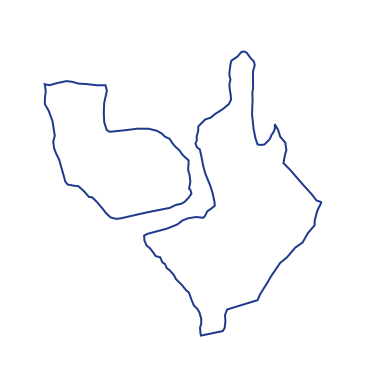 Nacka, Stockholm, Sweden (Albers equal-area conic projection), rotated 255°
{"feature_id": "70781695B29923564052107", "entity_name": "Nacka", "entity_type": "district", "adm_level": 2, "iso_a3": "SWE", "parent_name": "Sweden", "parent_adm1": "Stockholm", "projection": "albers", "projection_center": [18.245, 59.301], "detail": "fine", "context": "isolated", "style": "outline", "palette": "blue", "viewbox_px": 384, "rotation_deg": 255, "n_neighbors": 0, "source": "geoboundaries", "source_scale": "gbopen_adm2", "svg_char_len": 2519}
<svg xmlns="http://www.w3.org/2000/svg" viewBox="0 0 384 384"><g transform="rotate(255 192 192)"><path d="M236.2,289.5L235.6,289.5L231.8,288.5L228.6,286.1L226.2,283.3L223.0,280.9L221.0,277.5L219.1,274.2L219.7,270.4L221.0,267.6L227.6,267.2L237.1,267.8L245.7,269.2L251.1,270.0L260.0,272.7L265.0,274.3L272.7,276.1L276.5,277.9L282.9,279.5L292.6,282.1L298.2,285.4L301.8,285.6L306.3,283.2L312.1,281.0L314.1,279.1L314.5,276.1L310.9,270.7L308.7,264.0L304.9,262.0L299.6,259.8L295.6,258.4L290.6,258.2L286.4,256.0L282.5,255.2L276.1,254.5L271.3,253.7L267.3,250.3L264.0,242.9L261.4,234.6L259.0,229.4L258.6,223.3L256.6,220.1L253.8,215.1L249.2,213.7L244.3,210.8L240.5,210.0L237.9,207.8L233.9,208.4L231.0,210.6L223.0,210.2L214.7,209.6L206.5,209.6L198.6,210.6L194.0,211.2L185.9,211.6L176.7,211.2L172.8,210.4L171.0,206.2L169.4,201.8L165.4,198.2L164.2,196.1L166.8,189.5L167.6,181.2L167.0,175.4L164.5,169.7L163.1,158.3L163.1,145.2L163.1,137.9L162.3,134.5L157.5,133.5L152.0,134.3L148.4,136.9L143.6,138.9L139.5,140.3L137.1,144.4L131.7,145.2L129.5,147.2L125.0,148.0L121.8,150.4L116.2,153.1L112.1,153.9L109.3,155.5L104.9,158.1L98.6,160.9L95.6,163.0L88.2,163.6L82.1,164.4L77.5,167.0L73.5,168.0L67.4,168.1L62.6,166.9L58.7,164.6L52.7,163.5L51.0,163.5L49.7,185.6L52.1,188.3L58.4,190.8L64.5,192.0L69.4,195.5L69.8,206.3L70.6,227.4L75.4,231.1L84.6,241.0L89.9,246.3L95.6,252.9L100.7,258.8L104.4,267.0L111.5,277.2L114.6,285.7L122.2,293.2L128.2,301.9L132.6,303.1L140.5,307.6L143.7,310.0L146.0,312.2L148.0,313.9L149.1,313.9L151.5,310.1L158.3,307.3L171.0,300.8L180.4,296.2L186.9,293.1L191.9,290.3L196.2,287.8L204.0,291.5L208.0,294.0L215.5,294.9L222.6,291.5L229.8,291.2L236.2,289.5ZM334.3,77.6L332.8,77.5L327.0,76.8L320.8,74.2L314.9,72.6L307.5,74.6L296.8,75.6L281.8,74.0L276.6,71.0L269.8,70.1L264.4,70.7L257.3,72.1L251.9,72.1L241.0,72.3L234.9,72.3L231.3,73.9L228.4,80.1L227.1,83.7L220.7,87.9L214.0,91.1L212.7,94.2L207.1,97.5L198.9,101.4L194.6,103.1L188.6,106.7L185.7,111.7L185.0,115.9L184.0,143.2L182.4,166.3L183.7,172.8L183.4,178.3L184.3,182.2L187.3,187.1L190.5,191.0L194.7,191.0L196.0,190.0L202.2,193.0L208.4,194.0L214.6,194.0L219.8,195.9L223.4,196.9L228.9,193.3L231.5,192.0L235.4,190.7L239.3,188.1L243.9,185.8L249.1,184.2L252.3,180.3L256.2,178.0L260.1,174.1L264.3,166.6L267.3,155.6L268.9,143.8L271.5,127.9L274.1,125.6L282.2,125.3L291.0,127.2L300.7,130.2L306.3,133.1L311.8,136.0L317.0,136.0L317.5,136.1L319.5,128.4L323.5,118.2L326.0,110.6L329.6,104.5L331.6,99.4L332.1,90.3L332.1,81.7L334.3,77.6Z" fill="none" stroke="#1e3a8a" stroke-width="2"/></g></svg>